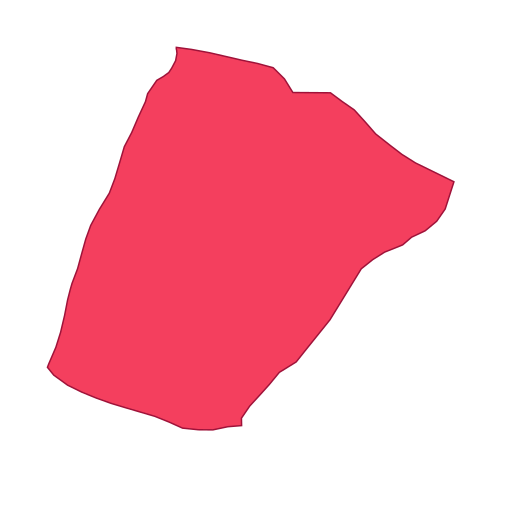 the district of Wadrah, Hajjah, Yemen, rotated 286°
{"feature_id": "15242507B24431012567492", "entity_name": "Wadrah", "entity_type": "district", "adm_level": 2, "iso_a3": "YEM", "parent_name": "Yemen", "parent_adm1": "Hajjah", "projection": "albers", "projection_center": [43.471, 15.714], "detail": "fine", "context": "isolated", "style": "filled", "palette": "rose", "viewbox_px": 512, "rotation_deg": 286, "n_neighbors": 0, "source": "geoboundaries", "source_scale": "gbopen_adm2", "svg_char_len": 1118}
<svg xmlns="http://www.w3.org/2000/svg" viewBox="0 0 512 512"><g transform="rotate(286 256 256)"><path d="M91.5,86.2L85.7,94.5L79.9,110.5L77.1,126.2L75.4,141.9L74.4,157.3L74.2,172.7L74.1,187.0L74.0,203.0L72.4,218.3L70.3,232.8L73.1,248.5L77.0,262.5L84.1,275.9L89.0,288.9L96.1,286.7L110.0,291.3L122.8,297.7L135.9,304.1L150.6,310.5L165.2,323.8L179.9,329.9L215.1,344.7L272.7,360.7L284.4,369.0L284.8,369.3L295.2,378.6L307.1,393.9L317.0,400.4L326.9,411.7L339.2,420.1L353.3,424.9L381.9,425.8L389.4,383.7L393.9,368.2L399.7,353.5L406.3,337.4L414.9,324.1L423.5,310.2L428.3,296.1L432.3,285.5L433.4,282.6L423.3,246.4L434.1,234.5L441.7,220.7L441.5,204.4L440.3,188.4L439.8,178.2L439.5,172.8L438.6,155.6L436.8,137.1L434.6,121.9L433.1,122.3L431.9,123.0L430.3,123.6L429.0,124.2L421.6,124.9L413.4,123.2L408.3,121.6L402.7,117.2L397.5,112.2L382.2,107.1L373.8,107.2L357.2,104.6L340.5,102.5L324.8,99.3L308.9,99.2L291.4,99.0L276.0,97.7L257.8,92.6L239.9,88.7L225.5,87.7L210.8,87.8L194.6,88.0L178.9,86.7L172.7,86.7L162.0,87.0L146.0,88.4L128.8,89.2L113.1,88.8L95.0,86.5L91.5,86.2Z" fill="#f43f5e" stroke="#9f1239" stroke-width="1.5"/></g></svg>